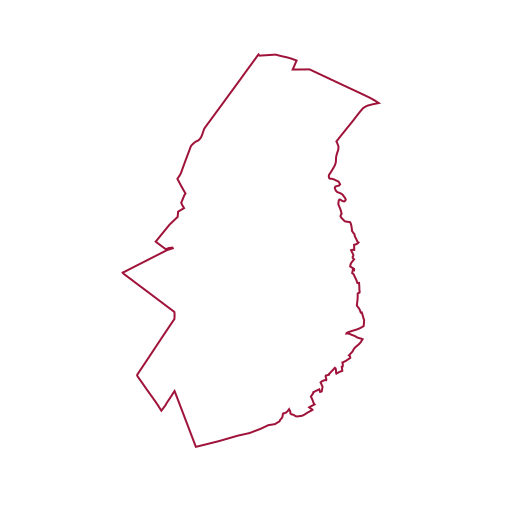 Horodnic De Jos, Suceava, Romania, rotated 285°
{"feature_id": "2599482B73585952191723", "entity_name": "Horodnic De Jos", "entity_type": "district", "adm_level": 2, "iso_a3": "ROU", "parent_name": "Romania", "parent_adm1": "Suceava", "projection": "mercator", "projection_center": [25.836, 47.87], "detail": "fine", "context": "isolated", "style": "outline", "palette": "rose", "viewbox_px": 512, "rotation_deg": 285, "n_neighbors": 0, "source": "geoboundaries", "source_scale": "gbopen_adm2", "svg_char_len": 4852}
<svg xmlns="http://www.w3.org/2000/svg" viewBox="0 0 512 512"><g transform="rotate(285 256 256)"><path d="M455.3,244.6L455.8,239.3L455.9,234.8L455.6,227.8L455.6,222.8L450.4,207.4L450.8,206.7L451.3,206.3L450.4,205.8L445.8,204.1L428.8,197.5L422.4,195.1L403.9,187.9L394.0,184.1L384.8,180.5L373.5,176.1L371.8,175.4L366.6,173.4L365.3,173.0L362.3,172.8L360.4,172.7L357.6,172.4L356.2,172.1L354.6,171.5L352.9,170.5L352.3,170.0L351.8,169.3L351.2,168.5L349.4,167.0L346.5,165.2L345.2,164.7L344.6,164.6L341.0,164.3L333.3,163.5L325.6,162.8L318.5,162.2L316.5,162.0L315.0,161.7L313.1,161.1L310.2,160.1L304.5,165.4L298.1,171.7L296.4,171.1L288.0,170.0L286.2,171.5L283.6,174.1L278.7,169.3L273.5,170.2L264.0,164.4L243.9,155.4L241.7,160.8L239.5,166.3L239.4,167.1L239.6,167.6L240.2,168.5L241.2,169.8L241.5,170.8L242.2,172.3L242.5,173.0L242.3,173.3L241.9,173.6L238.8,168.7L214.0,141.1L207.0,133.4L205.5,131.5L205.0,132.0L204.3,133.4L200.2,143.6L198.7,147.2L193.0,161.5L184.7,182.0L181.0,191.3L180.7,191.7L178.1,192.6L174.0,193.5L169.2,191.8L155.4,187.1L126.2,177.3L110.6,172.0L109.9,172.1L109.5,172.4L108.8,173.1L107.4,174.8L102.9,180.2L99.0,184.8L89.8,196.0L87.4,198.8L82.1,204.6L88.4,207.2L89.7,207.5L91.0,207.8L97.7,210.1L103.1,211.8L104.5,212.3L88.9,223.6L56.1,247.3L57.2,249.3L60.7,255.7L67.2,267.4L77.8,285.0L83.2,295.4L90.5,305.5L95.8,311.7L98.5,317.8L102.4,321.5L104.1,321.8L105.5,322.6L107.3,323.2L108.2,323.1L110.4,322.9L111.1,323.1L111.5,324.2L112.6,325.6L114.3,326.7L116.6,327.6L116.0,328.1L115.5,328.7L114.3,329.5L112.8,330.0L112.2,331.2L112.3,332.3L112.3,333.4L111.5,335.8L111.7,337.5L112.4,339.0L113.4,341.5L114.7,343.2L116.5,344.9L118.2,346.4L119.8,348.2L120.5,348.9L122.0,350.4L122.2,350.2L122.5,349.6L122.7,348.8L123.0,348.0L123.3,347.2L123.6,346.5L123.8,346.7L125.7,348.7L127.4,350.5L127.8,351.0L128.6,350.0L129.3,349.4L130.0,348.9L131.5,347.9L133.2,346.5L134.5,345.4L138.3,346.8L139.1,346.5L141.3,348.9L143.6,351.6L141.3,353.1L142.2,354.5L145.3,354.3L147.0,354.1L148.9,352.5L150.6,351.1L151.0,351.4L151.9,351.9L152.6,352.9L153.4,353.7L154.1,355.0L154.1,355.8L154.8,356.0L156.3,355.1L158.0,354.3L158.7,354.5L159.5,356.1L160.3,357.3L161.1,357.1L161.6,357.5L163.9,358.7L165.8,359.8L168.4,361.1L168.0,362.0L166.1,362.9L164.1,363.5L163.2,364.1L165.4,366.3L166.5,367.8L167.4,369.1L171.2,367.5L171.7,368.3L173.2,368.1L174.5,367.6L175.5,367.0L175.9,367.6L178.2,370.2L179.7,371.4L181.9,373.4L182.4,373.3L183.3,372.8L183.9,372.1L184.1,371.5L188.6,373.9L189.8,374.2L191.3,374.5L192.5,375.0L193.4,375.5L194.5,376.2L196.2,377.4L197.5,378.3L199.5,379.3L200.4,379.7L201.8,380.0L202.7,380.3L203.2,380.5L203.4,379.3L203.4,377.7L203.4,376.5L203.5,375.1L203.6,374.3L204.2,372.6L204.3,371.9L204.5,370.3L204.6,368.9L204.9,367.0L205.0,365.0L204.8,364.1L204.5,363.4L204.8,363.4L205.1,363.5L205.7,364.1L206.6,365.4L207.8,367.1L208.9,368.8L210.0,370.7L211.4,372.8L212.6,374.4L214.2,376.2L216.1,378.1L218.0,377.8L220.9,377.3L222.0,377.0L222.5,376.7L224.1,375.7L227.6,373.6L228.8,372.8L228.4,372.2L228.4,371.9L231.3,369.8L232.0,369.1L233.6,367.0L234.2,366.3L234.7,366.1L236.3,365.9L239.3,365.5L241.4,365.1L243.3,364.7L245.6,364.0L246.3,364.0L246.6,364.3L247.0,364.9L247.2,365.3L247.5,365.5L248.1,365.4L250.5,364.5L253.5,363.6L256.7,362.5L256.2,360.9L258.7,359.2L260.9,357.3L262.0,356.3L263.6,355.1L264.4,353.3L267.8,353.1L267.6,354.4L268.4,354.3L269.0,354.0L270.2,349.7L272.3,349.5L273.4,349.6L274.3,349.9L278.2,351.6L278.8,350.6L279.3,349.9L279.8,349.6L280.5,349.7L281.5,349.9L282.1,349.8L282.6,349.5L284.3,348.0L286.2,346.3L286.5,346.7L287.0,347.7L287.2,348.8L287.3,349.3L289.5,348.7L292.2,347.8L292.8,348.9L293.3,349.7L293.9,350.4L294.6,351.0L295.6,351.5L295.9,350.5L297.3,349.3L298.3,348.5L299.7,347.1L300.9,346.2L302.5,345.5L303.8,343.7L305.1,342.2L307.4,341.4L309.9,340.3L311.9,339.1L313.0,338.1L312.9,336.9L312.6,334.6L312.5,333.1L313.1,331.7L313.8,330.6L315.0,328.5L316.3,327.3L317.7,327.3L319.0,327.8L320.3,327.0L321.7,326.3L323.7,324.9L325.1,323.8L327.0,322.3L328.3,321.9L330.8,321.6L332.1,321.9L332.3,323.0L331.7,324.5L331.4,325.7L331.6,327.2L332.8,328.0L334.0,328.0L335.5,326.5L336.9,324.7L337.7,323.7L338.1,322.6L338.6,320.5L338.6,318.9L339.0,317.5L339.8,316.2L341.7,314.7L342.9,314.4L344.0,315.2L344.8,316.7L345.7,318.1L347.0,318.7L347.9,317.9L349.3,316.3L349.6,314.5L349.8,313.3L350.2,311.3L350.2,308.9L349.8,307.4L350.3,306.4L351.8,305.7L353.1,305.5L354.4,306.0L355.5,306.3L356.0,306.5L358.0,307.1L360.1,307.7L361.9,308.2L364.0,308.7L365.8,308.8L367.4,308.8L369.0,308.5L371.4,307.9L373.4,307.7L376.3,307.7L379.3,307.9L381.2,307.8L382.9,307.4L384.2,306.6L386.5,304.9L387.5,304.0L391.3,305.7L393.5,306.6L401.2,310.0L412.9,315.2L415.2,316.1L422.0,319.0L426.4,321.1L428.4,322.8L430.1,324.8L432.4,328.8L435.5,334.9L437.2,329.8L437.0,329.3L437.6,328.2L438.7,323.1L444.4,291.2L450.1,259.4L445.6,243.2L455.3,244.6Z" fill="none" stroke="#9f1239" stroke-width="2"/></g></svg>